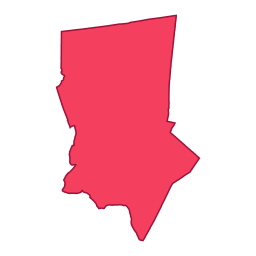 Nong Chok, Bangkok Metropolis, Thailand
{"feature_id": "78962969B63126335713570", "entity_name": "Nong Chok", "entity_type": "district", "adm_level": 2, "iso_a3": "THA", "parent_name": "Thailand", "parent_adm1": "Bangkok Metropolis", "projection": "robinson", "projection_center": [100.852, 13.842], "detail": "fine", "context": "isolated", "style": "filled", "palette": "rose", "viewbox_px": 256, "rotation_deg": 0, "n_neighbors": 0, "source": "geoboundaries", "source_scale": "gbopen_adm2", "svg_char_len": 5615}
<svg xmlns="http://www.w3.org/2000/svg" viewBox="0 0 256 256"><path d="M176.2,15.4L167.5,16.7L159.4,17.9L148.6,19.3L138.2,21.2L130.5,22.4L128.3,23.3L121.6,24.0L119.8,24.0L106.0,26.1L104.8,26.2L102.9,26.5L101.8,26.6L98.4,27.1L94.6,27.5L93.8,27.7L89.3,28.2L87.3,28.5L84.5,28.8L83.0,29.1L82.1,29.2L81.8,29.2L77.8,29.6L62.9,31.4L61.5,31.5L61.4,35.2L61.5,36.2L61.4,38.7L61.4,39.2L61.4,43.5L61.3,45.2L61.3,50.7L61.3,54.3L61.2,57.8L61.3,61.5L61.2,62.7L61.2,64.0L61.1,68.3L61.2,68.5L61.6,68.6L61.7,70.4L61.7,72.3L61.2,72.2L61.2,72.6L61.4,73.1L61.5,73.5L62.2,74.2L62.9,74.6L63.4,75.0L64.4,75.5L64.6,75.8L64.4,76.5L63.9,77.3L63.7,77.5L63.5,79.2L63.5,79.4L63.3,79.7L63.0,80.3L62.7,80.5L62.1,80.7L61.8,80.8L61.6,81.0L61.4,82.5L61.2,82.9L60.8,83.4L59.9,85.1L59.1,85.9L58.3,86.1L58.2,86.2L58.0,86.4L57.7,86.8L57.4,87.0L57.0,87.0L56.6,87.2L56.8,88.2L57.3,89.8L62.5,106.2L64.5,111.5L67.1,118.1L67.3,118.5L67.6,119.2L67.7,119.4L67.9,120.1L67.5,120.3L68.0,121.3L68.2,122.3L68.3,122.9L68.7,123.7L69.3,124.9L70.2,127.6L71.2,126.6L71.8,126.3L73.8,125.7L74.1,125.7L74.6,125.9L75.1,128.5L75.8,131.0L76.0,132.3L76.0,133.5L76.0,133.9L75.9,134.3L75.6,135.2L75.4,136.0L75.0,137.0L74.9,138.2L74.1,140.9L74.0,141.3L74.0,141.9L74.0,142.7L73.8,144.2L73.9,144.5L74.0,145.4L73.6,145.5L72.4,145.5L72.2,145.6L72.1,145.9L71.9,146.6L71.7,147.1L71.1,148.1L70.7,149.4L70.4,150.0L69.9,151.1L69.8,151.5L69.3,154.7L69.3,155.1L69.8,155.8L69.9,156.1L69.7,157.1L69.9,158.3L69.9,158.8L69.9,159.9L69.8,161.2L70.0,162.8L70.0,163.1L70.1,163.3L70.9,164.3L71.4,164.8L71.8,164.9L72.0,165.0L73.5,164.9L74.8,164.6L75.4,164.7L75.8,164.9L75.4,165.4L75.0,166.1L74.2,167.1L72.9,168.8L71.7,170.0L70.4,171.4L70.1,171.7L68.6,172.8L68.3,173.0L68.1,173.0L67.8,173.4L67.3,174.1L66.8,174.6L66.5,175.0L66.0,175.7L65.4,176.7L64.8,178.1L64.0,179.5L63.9,179.7L63.8,180.1L64.3,181.1L64.7,181.9L64.9,182.3L65.0,182.9L65.0,183.2L64.8,184.6L64.8,185.1L64.8,185.8L64.6,186.2L64.3,187.0L64.0,187.5L63.1,188.6L62.9,189.0L62.4,190.0L62.4,190.3L62.4,190.7L62.5,190.8L62.7,191.0L63.0,191.2L64.3,191.9L64.9,192.1L67.3,192.8L67.9,193.1L68.3,193.1L69.2,193.4L69.8,193.4L72.4,193.2L73.8,193.3L75.0,193.3L75.8,193.4L76.8,193.4L77.9,193.2L79.1,192.9L80.7,192.3L81.0,192.2L81.6,191.1L81.9,190.8L82.4,190.5L82.7,191.1L83.0,191.6L83.3,191.9L84.2,192.3L85.2,192.6L85.9,192.7L87.0,193.1L88.9,194.5L90.0,195.4L90.1,195.6L90.0,196.1L90.0,197.2L89.9,197.5L90.2,197.8L90.7,198.2L91.1,198.3L91.4,198.6L92.4,199.7L92.7,199.9L92.9,200.1L93.5,200.6L94.2,201.4L94.7,202.0L95.4,202.9L95.8,203.3L96.1,203.6L96.6,205.2L96.9,206.1L97.4,206.6L98.1,207.3L98.3,207.8L98.5,208.0L98.6,208.3L98.9,208.6L99.0,208.7L99.4,208.6L100.1,208.3L101.3,208.1L101.8,208.2L102.4,208.3L103.6,208.5L103.9,208.5L104.2,208.3L104.9,207.3L106.0,206.0L107.5,205.2L108.2,205.0L108.8,204.9L109.8,204.9L110.4,204.9L112.0,205.2L112.8,205.1L114.1,204.9L114.3,205.0L115.3,204.9L117.5,204.9L118.2,204.8L121.1,204.8L121.8,204.9L122.3,205.0L122.8,205.3L123.5,205.5L124.7,205.5L125.9,205.4L126.1,205.6L126.6,206.1L127.1,206.6L127.4,207.1L127.7,207.5L128.7,208.6L128.9,209.1L129.6,211.2L129.8,212.0L129.8,212.8L129.9,213.1L130.2,214.1L130.6,214.9L130.6,215.3L130.6,215.5L130.6,215.9L130.7,216.2L130.7,216.5L131.0,217.3L131.2,217.9L131.4,218.5L131.5,219.2L131.4,219.9L131.3,220.6L131.2,221.4L131.1,221.8L131.2,222.9L131.3,223.4L131.4,223.7L131.3,223.9L131.5,224.5L131.9,225.6L133.0,227.9L133.8,229.1L133.9,229.5L135.8,232.1L136.4,232.8L137.4,235.6L137.6,235.7L137.7,235.8L137.9,236.2L138.1,236.6L138.4,237.9L138.7,238.4L139.1,239.1L139.5,239.5L139.8,239.8L140.0,239.9L140.7,240.2L141.8,240.4L142.4,240.5L143.0,240.6L143.8,239.3L144.3,238.6L145.0,237.2L145.6,236.0L145.9,235.5L147.7,232.4L147.8,232.0L148.3,231.3L150.0,228.1L151.2,225.7L151.9,224.7L152.2,224.0L152.9,222.8L153.1,222.4L154.0,220.9L154.0,220.7L154.3,220.3L156.2,216.4L156.9,215.1L157.3,214.3L158.1,212.6L158.7,211.5L159.2,210.3L159.9,209.1L161.1,206.7L161.4,206.0L161.6,205.4L161.9,204.8L162.4,203.8L163.0,202.6L163.7,201.1L164.1,200.4L164.6,199.4L165.5,197.8L165.6,197.3L168.1,192.2L168.8,190.7L170.3,187.6L171.1,186.1L171.5,185.4L172.3,183.8L172.9,183.3L173.1,183.1L174.6,182.2L177.4,180.3L178.3,179.9L178.9,179.4L182.7,176.9L184.2,175.7L185.5,174.9L186.3,174.3L189.8,172.2L190.4,171.6L190.6,171.2L190.9,170.5L191.3,170.0L192.1,168.7L192.2,168.8L192.8,167.8L198.0,160.2L199.4,158.2L197.5,156.5L196.7,155.8L195.8,154.9L195.4,154.5L193.9,153.2L191.8,151.4L190.9,150.7L190.0,149.8L189.4,149.3L189.1,149.1L188.5,148.5L188.1,148.2L187.4,147.6L187.0,147.2L186.4,146.7L185.9,146.3L184.7,145.1L182.1,142.9L181.8,142.7L181.1,142.0L177.8,139.1L177.5,138.8L176.8,138.2L176.2,137.6L173.4,135.2L172.9,134.8L171.8,133.8L171.6,133.7L171.3,133.5L170.8,133.0L170.2,132.4L170.3,132.2L170.5,131.9L170.7,131.5L170.8,131.0L171.0,130.6L171.3,129.4L172.0,128.0L172.5,127.2L172.8,126.8L173.9,125.3L174.2,124.5L174.9,123.3L175.0,123.0L172.4,122.4L167.0,121.3L167.4,119.6L168.5,114.6L168.6,113.9L168.3,109.2L168.8,108.3L168.9,108.2L168.9,107.9L168.9,105.1L169.0,104.0L169.0,102.1L169.0,101.8L168.9,101.0L168.9,100.0L168.8,99.8L168.9,98.4L169.0,91.2L169.0,90.3L169.1,87.5L169.1,85.9L169.4,81.5L169.5,80.2L169.7,79.4L170.4,70.8L170.5,68.8L170.9,66.1L171.0,63.3L171.4,59.9L171.6,58.5L172.0,54.8L172.1,53.4L172.6,49.2L172.9,47.0L172.9,46.5L173.0,45.4L173.1,44.6L173.2,43.6L173.4,42.4L173.6,39.9L173.7,38.9L173.7,38.7L173.8,38.4L173.8,37.5L173.9,37.0L173.9,36.8L173.9,36.6L174.1,36.0L174.1,35.6L174.1,35.3L174.2,34.6L174.2,34.4L174.3,33.3L174.4,32.0L174.5,31.3L174.7,30.6L174.9,28.5L175.1,27.1L175.2,25.3L175.6,21.9L175.6,21.5L175.7,21.3L176.2,16.5L176.2,15.4Z" fill="#f43f5e" stroke="#9f1239" stroke-width="1.5"/></svg>